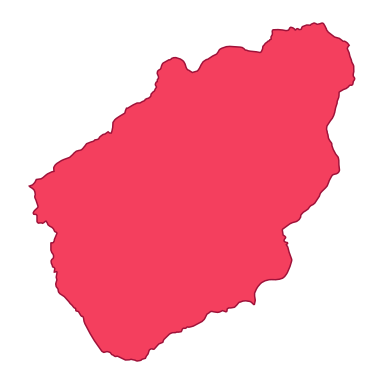 the district of Quelicai, Baucau, East Timor
{"feature_id": "22284137B85640858688348", "entity_name": "Quelicai", "entity_type": "district", "adm_level": 2, "iso_a3": "TLS", "parent_name": "East Timor", "parent_adm1": "Baucau", "projection": "albers", "projection_center": [126.562, -8.598], "detail": "fine", "context": "isolated", "style": "filled", "palette": "rose", "viewbox_px": 384, "rotation_deg": 0, "n_neighbors": 0, "source": "geoboundaries", "source_scale": "gbopen_adm2", "svg_char_len": 5836}
<svg xmlns="http://www.w3.org/2000/svg" viewBox="0 0 384 384"><path d="M349.2,45.3L347.4,43.0L345.9,41.9L344.6,41.2L343.2,41.3L339.4,38.4L334.5,37.0L328.2,32.1L327.5,31.0L327.0,30.6L326.6,29.9L326.5,29.2L324.9,25.9L323.5,23.6L322.6,23.1L321.2,23.2L320.5,23.6L317.5,24.3L316.8,24.2L315.9,23.6L314.1,23.0L311.9,23.9L311.0,24.4L310.4,25.2L306.7,25.0L302.5,26.6L301.9,27.3L301.4,28.9L300.9,29.4L299.1,29.6L297.9,28.7L297.0,28.7L296.4,29.1L295.9,29.7L295.2,30.0L294.5,29.0L292.8,27.8L291.5,27.4L290.6,27.3L289.7,28.0L289.0,29.5L288.4,30.2L286.6,30.6L285.8,30.6L282.6,30.0L278.1,29.6L273.2,29.8L272.5,30.3L272.2,31.4L272.4,33.1L272.3,34.6L271.1,36.7L271.0,37.5L271.2,39.0L269.7,39.9L269.4,40.6L267.8,41.3L267.2,42.0L265.3,43.4L264.0,45.2L263.3,45.8L262.8,46.8L262.6,48.7L262.3,49.5L261.4,51.5L260.6,52.3L260.0,52.5L256.3,51.8L250.4,51.2L248.1,50.8L246.7,50.2L245.3,50.1L243.9,48.6L242.2,47.5L240.1,47.1L229.7,46.4L226.3,46.7L221.9,48.2L220.2,49.1L219.3,49.9L218.0,52.2L216.6,54.1L212.7,56.0L207.7,59.3L206.3,59.6L203.2,61.7L201.2,64.7L199.5,68.2L198.1,70.2L197.4,71.0L192.3,72.5L188.9,70.3L187.7,69.8L187.0,69.1L186.1,67.4L185.1,64.1L184.3,62.6L183.5,61.3L181.9,60.0L180.3,59.0L175.9,57.6L173.6,57.7L171.7,58.4L171.0,59.2L169.7,59.9L168.9,59.8L163.2,63.0L162.5,63.8L161.7,65.4L160.8,68.5L160.3,69.2L158.7,70.1L157.6,71.2L157.2,73.1L157.3,73.8L158.3,76.1L158.5,77.0L158.4,78.6L157.6,79.2L157.3,79.9L157.3,81.6L156.5,81.9L156.0,82.5L155.3,84.2L155.6,85.6L156.3,86.4L156.5,87.2L155.3,88.9L154.6,90.6L154.1,91.3L153.0,92.0L151.1,94.1L150.8,96.1L150.4,96.7L148.4,98.3L147.1,98.5L145.3,99.4L144.8,100.3L143.7,101.1L142.5,101.5L139.9,103.0L137.1,103.0L133.3,104.8L127.4,108.3L126.5,108.2L125.5,110.5L124.9,112.9L124.2,113.5L119.7,116.2L116.4,118.4L114.8,119.8L113.0,122.4L112.7,127.4L112.0,130.9L111.3,133.0L110.1,133.1L109.3,132.9L108.1,131.8L105.0,134.0L103.0,134.5L100.4,136.4L99.5,137.3L98.8,138.7L98.1,139.2L96.9,139.6L94.9,139.9L93.8,141.0L93.0,141.4L90.9,142.0L86.6,143.7L85.0,145.8L84.6,146.5L84.0,147.0L83.2,148.1L81.6,149.7L80.1,150.3L79.1,150.4L76.3,151.2L74.0,153.1L72.7,154.6L69.6,157.4L63.6,159.6L61.4,160.6L56.8,163.5L55.3,164.9L54.2,166.6L53.7,167.9L54.0,171.4L51.9,171.8L47.5,173.9L46.0,175.0L43.0,177.6L41.1,178.8L36.3,179.5L34.8,182.5L33.6,183.8L32.5,184.9L29.3,186.1L30.0,186.9L32.4,188.4L34.1,190.0L34.9,192.0L35.3,194.6L34.8,196.2L34.8,197.1L35.0,197.9L36.0,200.2L38.0,206.2L37.8,207.5L34.5,210.6L33.6,212.0L33.2,213.0L33.7,214.2L34.9,214.4L36.0,214.4L37.0,215.4L37.0,221.5L37.4,222.3L38.3,223.1L41.4,222.8L42.4,223.3L43.6,222.8L45.4,221.3L46.1,221.2L47.2,222.8L48.0,224.8L49.9,226.3L51.9,227.3L53.4,228.8L54.7,231.5L56.3,232.3L56.8,232.8L56.9,233.5L54.4,239.4L54.2,241.0L53.4,242.4L52.3,242.9L51.5,242.8L50.9,243.0L50.9,250.1L51.8,252.5L53.1,254.3L53.6,255.9L53.4,257.8L52.8,258.7L51.9,259.4L51.2,260.6L51.1,261.3L51.3,263.1L52.3,265.4L52.6,266.8L54.1,267.5L54.8,268.6L54.3,271.3L54.3,272.1L55.2,272.0L56.0,271.6L56.8,271.8L57.0,272.7L56.2,277.2L56.9,279.9L55.8,283.5L55.8,284.5L56.2,286.6L57.7,288.6L58.2,289.7L58.2,290.7L58.6,292.1L59.9,293.7L64.3,296.6L68.9,301.7L70.1,303.4L72.1,305.3L73.5,307.1L74.4,308.0L75.5,308.3L75.7,309.0L75.9,310.7L77.0,311.2L78.0,311.4L78.6,311.8L80.8,315.5L81.7,316.3L82.4,316.3L83.0,316.7L83.6,318.3L84.0,321.2L84.9,323.7L90.2,333.7L94.4,340.7L101.8,351.2L103.5,352.3L104.2,352.3L106.8,351.6L107.8,351.7L109.5,352.2L110.3,352.6L111.7,354.5L113.1,355.1L113.6,355.5L115.0,356.4L115.9,356.5L116.8,356.2L117.8,356.3L125.4,360.0L129.4,359.8L131.0,359.3L135.1,360.2L136.0,360.7L137.1,361.0L139.6,360.6L140.9,360.3L142.0,359.3L145.4,358.3L146.3,356.2L148.0,354.0L149.2,350.3L149.6,349.7L151.1,348.9L152.1,348.8L153.1,349.3L154.2,349.1L158.2,344.6L158.9,343.9L162.8,342.3L163.5,340.2L164.0,339.4L169.5,334.0L171.5,333.0L172.6,332.7L175.6,332.6L176.6,332.1L178.7,332.1L181.1,331.7L181.8,330.7L182.0,329.7L182.5,328.9L183.3,328.3L185.4,328.3L186.2,327.9L186.9,327.2L187.6,326.9L188.8,327.2L190.4,326.9L193.3,326.1L202.0,321.5L204.2,319.4L204.9,318.3L206.9,314.2L209.2,312.7L210.5,311.6L211.8,311.4L214.1,311.9L217.7,312.4L219.6,312.0L222.6,310.6L225.9,311.8L226.7,311.5L227.0,310.7L227.0,309.8L227.4,308.7L228.8,307.9L230.9,307.9L234.3,307.3L234.9,306.9L237.1,304.7L238.0,303.5L239.3,302.2L240.2,302.1L242.8,301.1L245.6,300.8L249.6,301.4L250.5,301.7L251.5,302.4L253.7,304.5L254.4,304.4L255.2,300.7L255.2,299.8L254.6,296.0L254.6,293.1L256.4,289.0L257.9,286.6L260.1,284.0L261.6,282.6L265.0,280.8L269.1,279.7L271.6,279.6L275.7,279.7L279.5,279.2L282.6,278.2L284.6,276.6L286.4,274.2L287.3,272.7L288.7,269.5L290.0,266.4L291.3,262.1L291.7,260.7L291.7,259.4L289.1,252.2L287.8,247.1L286.3,244.7L287.6,243.5L287.4,242.6L285.5,242.2L284.2,241.2L284.0,240.6L284.4,239.3L285.6,237.8L285.6,237.1L284.9,236.3L283.1,235.0L282.3,229.9L282.7,229.1L289.9,223.8L292.5,222.6L296.2,221.6L297.3,221.0L299.2,219.5L300.6,217.2L300.8,215.4L301.1,214.7L302.3,213.3L303.5,212.1L305.3,211.0L308.1,209.0L309.7,206.7L310.9,205.6L313.1,204.5L314.8,203.1L319.3,196.3L320.2,193.6L320.7,192.8L322.0,191.3L325.6,187.8L327.2,185.9L328.9,181.7L329.2,180.7L331.5,176.4L332.5,175.0L333.9,174.4L336.6,173.7L337.8,173.0L338.6,172.2L339.2,171.1L339.5,170.1L338.9,164.8L338.8,160.2L338.4,158.1L338.1,157.1L335.7,154.1L333.2,149.4L331.9,145.6L331.8,143.8L331.5,143.0L329.8,140.7L328.5,138.3L327.9,134.6L327.3,132.9L327.1,131.2L326.6,129.7L326.6,128.2L326.9,126.2L327.4,125.3L330.3,120.9L332.3,118.3L333.7,115.5L334.7,112.4L335.6,107.8L337.1,103.2L337.2,101.3L338.7,97.5L339.0,95.7L339.1,92.4L339.4,91.9L343.5,89.5L346.2,88.5L348.2,87.0L349.0,86.0L350.0,85.2L351.7,85.2L352.6,84.6L353.0,83.3L353.3,81.5L354.4,79.8L354.7,78.8L354.5,77.9L353.4,76.3L353.2,75.1L353.4,73.3L353.8,71.7L353.7,66.1L353.3,64.9L351.8,62.1L351.3,59.9L349.9,56.3L349.1,52.8L347.3,48.7L347.5,47.8L348.1,46.6L349.2,45.3Z" fill="#f43f5e" stroke="#9f1239" stroke-width="1.5"/></svg>